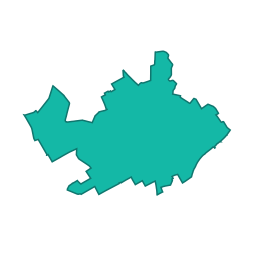 Valu Lui Traian, Constanta, Romania, rotated 238°
{"feature_id": "2599482B6987957430653", "entity_name": "Valu Lui Traian", "entity_type": "district", "adm_level": 2, "iso_a3": "ROU", "parent_name": "Romania", "parent_adm1": "Constanta", "projection": "orthographic", "projection_center": [28.491, 44.168], "detail": "fine", "context": "isolated", "style": "filled", "palette": "teal", "viewbox_px": 256, "rotation_deg": 238, "n_neighbors": 0, "source": "geoboundaries", "source_scale": "gbopen_adm2", "svg_char_len": 5463}
<svg xmlns="http://www.w3.org/2000/svg" viewBox="0 0 256 256"><g transform="rotate(238 128 128)"><path d="M168.1,42.5L166.7,42.4L166.7,42.8L166.6,43.0L165.9,45.8L148.8,45.2L148.7,45.2L148.0,44.6L147.9,44.7L148.0,45.1L147.9,45.5L147.9,46.1L139.5,45.8L139.1,54.2L139.0,58.1L138.6,65.6L137.6,73.5L132.6,70.0L132.3,70.0L128.4,69.9L127.9,70.0L127.7,70.0L119.1,73.9L116.3,75.1L113.6,75.4L113.4,69.5L105.1,69.7L105.5,58.4L106.1,58.2L106.4,58.0L106.8,57.9L108.0,57.6L108.5,57.5L108.8,57.4L110.1,57.2L110.3,57.2L110.3,54.9L110.4,52.6L110.4,51.9L110.6,51.8L110.6,51.5L110.5,51.4L110.4,50.2L110.3,49.1L110.3,47.5L109.6,46.3L108.4,44.3L108.2,44.2L107.9,43.9L107.7,43.8L107.6,43.7L98.8,50.0L98.7,50.2L98.1,50.9L97.9,51.5L97.6,52.3L97.4,52.7L97.3,52.8L97.1,52.9L96.6,53.1L96.0,68.8L87.1,68.1L86.7,75.9L85.6,91.0L86.1,91.2L85.8,92.7L85.7,92.6L85.4,93.0L85.1,93.1L85.0,98.8L84.8,102.1L84.7,104.3L84.7,104.7L81.7,104.4L78.2,104.3L76.1,104.2L76.1,104.5L75.7,112.2L69.6,111.9L69.1,117.4L69.0,118.8L68.9,120.2L68.7,121.8L68.6,122.9L66.6,122.2L65.5,121.8L63.1,120.8L61.8,120.2L60.8,119.8L59.5,119.2L57.8,118.3L55.9,117.2L55.8,117.3L55.7,120.2L55.4,123.5L55.5,123.5L56.2,123.7L56.7,123.7L60.2,124.5L59.8,126.0L59.8,126.8L59.5,127.3L59.1,128.7L57.1,133.8L59.1,136.7L59.9,137.8L61.4,138.2L61.3,139.5L62.2,139.6L62.7,139.7L62.8,139.7L63.5,139.6L63.5,140.4L63.4,141.8L63.1,143.1L62.5,144.9L62.3,145.4L62.3,145.5L52.5,145.1L52.5,148.2L52.5,148.3L52.9,155.9L53.1,156.1L53.5,156.6L54.7,157.8L56.1,159.5L57.1,160.6L57.7,161.5L58.2,162.1L58.6,163.0L59.6,164.8L60.8,166.5L61.2,167.2L61.9,168.4L62.6,169.8L63.0,170.8L63.7,172.4L64.0,173.3L64.7,175.5L65.2,177.6L65.2,178.2L65.2,178.6L65.3,179.8L65.4,180.0L65.5,180.1L65.7,181.4L66.0,184.3L66.0,184.5L66.1,185.1L66.3,187.2L66.6,189.0L66.8,190.1L65.9,190.7L65.1,190.8L65.1,191.4L66.0,191.3L66.5,191.9L66.7,193.2L67.4,194.7L67.5,196.1L67.4,196.1L67.5,196.6L67.6,197.6L67.8,198.9L67.9,199.3L67.9,199.5L67.8,199.3L67.7,199.0L67.5,198.9L67.4,198.9L67.3,199.1L67.5,199.0L67.6,199.3L67.7,199.6L67.9,200.4L68.2,202.0L68.6,204.0L68.9,205.1L69.1,206.1L69.5,207.1L69.8,208.2L69.7,208.3L69.9,208.4L71.3,211.8L71.5,212.4L71.9,213.1L72.1,213.6L75.9,212.3L82.5,212.4L82.8,212.3L83.1,211.9L83.2,211.4L83.2,210.6L83.3,210.4L83.6,210.2L83.8,210.1L87.5,209.9L90.0,209.8L91.6,209.7L92.5,209.5L92.4,212.3L92.5,212.5L97.9,212.6L98.2,212.6L101.0,211.8L101.3,211.6L105.8,208.4L105.4,200.6L116.3,200.9L118.1,199.6L118.0,199.0L116.1,193.7L116.2,193.4L116.6,193.2L126.3,188.6L127.5,189.6L133.1,183.9L134.1,184.8L135.5,185.8L135.9,186.1L136.0,186.3L136.2,186.9L136.6,187.9L136.8,188.5L137.1,188.9L138.4,190.1L138.5,190.3L138.9,190.9L139.1,191.4L139.4,192.0L139.6,192.4L139.8,192.6L140.1,192.6L143.4,191.8L144.1,191.6L144.5,191.4L144.7,191.1L144.9,190.9L145.0,190.5L145.1,190.1L145.3,189.3L145.4,189.0L145.4,188.9L145.5,188.7L145.7,188.4L145.9,188.3L146.0,188.2L146.4,188.1L146.6,188.0L146.8,188.0L147.1,187.9L147.5,187.9L147.8,188.0L148.0,188.1L148.2,188.4L148.4,188.7L148.5,189.6L148.6,190.1L148.9,190.7L149.0,191.1L149.7,192.3L150.0,192.8L150.3,193.1L150.6,193.3L154.7,195.8L155.5,196.3L155.9,196.7L156.3,197.1L157.5,198.9L157.8,199.2L158.1,199.4L158.3,199.5L158.5,199.5L158.9,199.5L160.1,199.3L161.5,199.2L162.3,199.1L162.8,199.1L165.3,198.8L165.7,198.8L166.2,198.9L166.4,199.1L166.6,199.3L167.0,199.7L167.6,200.4L167.9,200.7L168.0,200.8L168.4,201.0L168.6,201.1L168.9,201.1L171.0,200.7L171.6,200.6L171.8,200.5L172.1,200.3L173.3,199.5L174.1,198.9L174.3,198.7L174.5,198.3L174.9,197.7L176.8,193.5L177.1,192.8L177.3,192.2L177.5,191.9L177.7,191.7L178.0,191.5L178.0,191.4L171.1,186.7L170.9,186.4L170.3,186.0L168.1,184.5L167.7,183.8L167.7,183.3L168.4,180.1L162.5,176.4L156.3,172.4L157.4,167.7L158.0,165.2L158.2,164.6L158.4,164.3L159.1,163.6L159.3,163.4L159.4,163.1L159.4,162.8L159.4,162.3L159.3,161.7L158.7,159.4L159.6,159.2L159.9,159.1L160.5,158.9L161.3,158.8L161.6,158.6L161.9,158.5L162.5,158.3L163.5,158.1L163.9,158.0L164.7,157.8L166.8,157.3L170.0,156.6L170.3,156.5L170.6,156.4L170.8,156.4L171.2,156.3L171.5,156.2L173.3,155.8L175.4,155.5L175.6,155.5L175.9,155.4L176.2,155.3L176.4,155.2L177.8,155.0L178.4,155.0L178.7,154.9L179.4,154.7L179.3,154.3L179.3,154.2L174.6,151.7L174.4,151.6L174.1,151.6L173.9,151.6L173.2,151.6L173.3,150.2L173.3,149.3L173.5,146.6L173.8,141.6L173.9,139.5L174.0,137.4L167.5,137.3L167.6,135.6L167.6,134.3L167.7,132.9L168.7,132.8L168.7,132.5L168.8,130.8L169.5,130.8L169.6,130.7L169.8,130.4L170.0,126.5L168.1,126.3L168.3,124.3L168.4,122.8L168.4,122.3L168.4,121.9L165.3,121.5L161.3,120.9L158.8,120.4L155.7,119.6L155.4,119.8L155.2,120.1L154.9,120.1L155.0,118.7L155.0,118.1L155.1,117.7L156.4,113.9L157.0,111.8L156.8,111.5L156.7,111.2L155.8,106.8L155.7,106.4L155.5,106.2L151.5,100.5L155.2,96.9L156.9,95.3L157.7,94.5L158.3,93.9L158.5,93.7L158.8,93.5L158.8,93.4L159.4,92.2L160.5,89.8L161.2,88.3L161.5,87.7L161.9,86.8L162.3,85.8L163.4,83.6L165.0,80.0L165.2,79.7L165.6,79.4L165.5,79.2L166.1,78.7L166.5,78.6L167.1,78.6L167.4,78.6L167.6,78.8L168.0,79.0L168.4,79.4L169.1,80.1L170.6,81.8L173.0,84.2L176.4,87.8L179.3,90.9L179.8,91.3L180.0,91.5L180.5,91.6L181.4,91.6L189.3,90.8L189.9,90.7L189.9,90.8L195.8,89.1L202.6,87.0L203.5,86.7L203.4,86.5L198.7,81.0L195.0,76.6L191.6,67.2L188.9,59.6L191.5,59.1L191.6,58.8L191.4,58.1L191.2,56.8L191.2,56.4L191.3,55.6L192.2,52.4L193.5,47.5L193.7,47.2L194.1,46.8L190.3,46.8L180.4,46.4L179.8,46.3L178.9,46.2L178.2,46.0L177.3,45.7L169.6,42.8L169.2,42.7L168.8,42.6L168.1,42.5Z" fill="#14b8a6" stroke="#0f766e" stroke-width="1.5"/></g></svg>